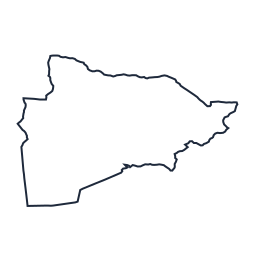 Santana do Acaraú, Ceará, Brazil, rotated 268°
{"feature_id": "56859067B27753760045626", "entity_name": "Santana do Acaraú", "entity_type": "district", "adm_level": 2, "iso_a3": "BRA", "parent_name": "Brazil", "parent_adm1": "Ceará", "projection": "equal_earth", "projection_center": [-40.133, -3.498], "detail": "fine", "context": "isolated", "style": "outline", "palette": "slate", "viewbox_px": 256, "rotation_deg": 268, "n_neighbors": 0, "source": "geoboundaries", "source_scale": "gbopen_adm2", "svg_char_len": 3085}
<svg xmlns="http://www.w3.org/2000/svg" viewBox="0 0 256 256"><g transform="rotate(268 128 128)"><path d="M202.7,52.9L200.5,52.4L199.1,51.7L197.8,51.1L196.1,50.5L193.9,50.7L191.7,51.1L189.6,51.5L187.9,51.2L186.3,51.1L184.4,51.0L183.0,50.3L182.0,51.6L180.7,52.1L178.6,52.0L176.9,52.5L174.8,53.2L172.7,54.8L170.9,54.6L169.4,54.3L167.6,53.6L166.2,51.8L164.7,49.3L163.2,47.4L161.5,47.5L159.3,47.0L159.5,41.2L160.4,35.3L161.4,24.6L160.0,24.6L158.7,25.0L157.0,25.5L155.9,26.4L154.5,26.6L152.5,26.3L150.3,25.2L149.0,24.6L147.6,24.6L146.2,24.1L144.6,23.8L143.1,23.5L141.5,23.6L140.1,22.3L138.4,20.9L137.2,19.2L136.1,17.9L129.7,22.6L128.7,24.0L127.0,25.4L125.1,26.1L123.8,26.7L122.1,26.6L120.4,27.3L119.1,25.8L117.7,24.0L116.4,22.6L114.7,22.0L112.8,20.8L89.1,22.0L85.5,22.4L81.6,22.6L71.2,23.5L67.6,23.8L60.3,24.4L53.6,24.9L53.3,44.6L53.0,48.3L53.1,50.5L55.5,72.8L56.2,75.1L67.7,78.1L68.9,80.6L73.9,94.1L77.2,103.2L83.6,119.6L85.1,120.8L86.2,120.3L87.6,121.7L87.9,124.4L88.6,126.0L90.0,124.7L91.4,123.5L91.0,125.9L90.2,127.7L88.8,128.7L90.8,131.4L90.3,133.2L89.8,134.7L89.2,136.2L89.2,139.2L90.3,141.7L91.1,143.9L90.8,146.9L91.2,149.0L90.4,150.8L90.2,152.8L90.3,155.7L90.6,157.9L90.2,160.0L89.6,162.5L88.5,163.8L87.4,165.3L85.7,167.7L84.0,169.0L83.9,170.8L85.3,171.9L86.3,172.9L87.5,173.4L90.4,173.4L92.6,174.7L94.9,175.6L96.4,174.1L98.2,174.2L100.4,173.7L101.3,175.8L102.4,177.2L103.0,179.0L103.1,181.4L104.2,183.5L105.7,185.5L106.8,187.0L109.4,184.5L110.7,187.8L112.5,189.2L112.6,191.5L110.7,193.3L110.6,195.8L109.4,197.8L108.0,200.2L108.1,202.0L109.4,203.3L110.1,205.7L111.5,208.3L113.2,208.9L114.5,210.0L115.0,211.5L115.9,212.7L117.9,213.4L119.4,215.0L120.1,217.2L119.7,219.8L119.9,222.9L121.1,225.0L122.8,226.1L124.4,228.2L125.2,227.0L126.6,225.8L128.2,224.2L130.7,223.4L132.5,223.4L133.7,224.1L135.2,224.9L135.8,226.6L136.2,228.3L138.2,229.7L139.1,230.9L140.4,234.0L141.2,235.4L142.8,235.9L144.7,236.5L146.3,237.0L147.8,238.1L149.8,237.5L150.0,234.7L149.8,232.5L150.1,230.1L150.0,227.0L150.4,224.8L150.8,221.7L151.3,219.2L151.2,217.4L151.1,214.5L151.0,211.8L149.6,211.6L148.2,211.7L147.0,210.7L147.0,208.1L149.5,205.5L150.6,204.6L151.9,203.1L152.7,201.9L153.8,200.6L155.2,199.3L156.4,198.4L158.8,195.3L162.3,190.5L164.2,187.9L165.7,185.7L166.6,184.5L168.4,182.1L170.2,181.2L171.4,179.4L172.3,177.9L173.7,177.6L174.9,176.8L176.0,174.5L176.8,172.8L177.7,170.7L178.7,168.8L179.3,166.3L178.9,163.5L178.2,161.2L177.9,159.0L177.9,156.8L177.7,153.6L177.6,150.8L176.9,149.0L177.3,147.3L178.4,145.9L178.1,143.5L178.4,141.5L179.3,139.7L180.4,138.0L180.6,135.7L180.6,133.7L180.3,131.5L180.6,129.3L181.4,127.2L181.8,125.4L181.4,123.4L181.2,120.7L181.1,118.6L180.4,116.9L180.0,115.0L181.1,112.3L181.3,109.9L181.8,107.7L182.2,106.0L183.5,104.8L185.3,102.7L186.2,100.7L186.4,98.6L185.9,96.7L185.9,94.4L187.0,91.7L188.4,90.0L190.6,89.5L192.2,88.1L193.3,86.5L194.8,86.0L195.3,84.2L195.7,82.6L196.4,81.0L197.4,78.8L198.9,77.3L199.7,75.0L199.7,72.4L200.2,70.5L201.1,68.0L200.9,65.5L201.5,63.0L202.6,61.6L202.9,59.7L203.0,57.0L203.0,54.8L202.7,52.9Z" fill="none" stroke="#1e293b" stroke-width="2"/></g></svg>